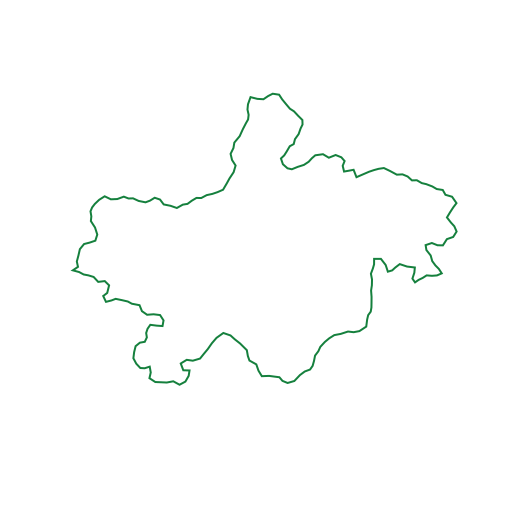 Porto Firme, Minas Gerais, Brazil, rotated 125°
{"feature_id": "56859067B44651829175554", "entity_name": "Porto Firme", "entity_type": "district", "adm_level": 2, "iso_a3": "BRA", "parent_name": "Brazil", "parent_adm1": "Minas Gerais", "projection": "orthographic", "projection_center": [-43.082, -20.666], "detail": "fine", "context": "isolated", "style": "outline", "palette": "green", "viewbox_px": 512, "rotation_deg": 125, "n_neighbors": 0, "source": "geoboundaries", "source_scale": "gbopen_adm2", "svg_char_len": 3119}
<svg xmlns="http://www.w3.org/2000/svg" viewBox="0 0 512 512"><g transform="rotate(125 256 256)"><path d="M163.7,93.9L161.7,98.8L160.8,103.7L159.1,108.7L155.4,113.2L153.4,119.8L149.8,123.3L144.5,119.4L143.1,113.5L140.1,109.0L132.7,109.3L127.3,105.4L120.9,105.7L117.9,110.6L116.8,115.5L114.9,121.7L108.9,122.1L103.0,122.3L97.7,122.1L95.0,129.4L97.2,135.9L94.8,140.9L97.5,146.4L97.9,151.5L99.5,157.8L101.2,162.0L101.7,167.7L104.6,171.6L103.9,177.4L105.1,182.8L108.6,187.3L109.5,195.0L110.6,201.7L114.3,205.6L117.9,208.6L122.1,211.7L128.1,215.4L133.8,218.9L129.4,225.5L132.8,228.8L136.3,232.3L132.4,236.7L127.4,237.9L126.2,242.7L127.6,248.7L133.7,252.7L134.2,259.5L139.5,265.2L143.9,266.3L148.6,266.9L153.9,269.0L159.0,272.9L164.4,276.4L166.1,280.5L165.4,286.6L161.8,291.5L157.4,290.6L152.8,290.8L146.7,291.3L142.7,289.3L137.9,291.1L131.7,291.0L126.0,292.6L121.6,293.3L118.0,296.0L117.0,301.8L115.7,307.9L115.9,312.7L114.3,318.7L112.7,324.4L110.6,329.6L113.5,335.4L118.0,337.8L123.3,339.8L126.5,345.0L129.0,351.6L136.3,349.6L140.9,347.0L144.6,343.0L148.7,340.8L153.0,340.4L159.7,339.5L167.2,338.1L175.5,338.8L180.5,336.4L186.9,335.4L191.1,330.7L193.6,324.6L200.2,322.4L207.7,322.2L213.1,321.6L220.6,321.0L225.7,324.1L230.2,327.4L234.4,331.3L239.9,334.1L242.6,338.1L247.5,340.3L252.6,342.0L255.9,345.4L262.1,348.4L263.9,354.8L266.7,361.2L264.8,367.0L266.4,372.4L271.5,374.6L275.4,377.3L278.2,383.7L279.3,389.8L282.0,393.4L283.2,398.3L288.9,402.3L292.8,407.4L293.9,414.2L299.9,416.7L305.8,417.9L310.2,418.1L314.3,417.2L318.0,413.6L322.1,411.3L325.0,404.2L329.5,398.3L335.6,396.4L340.5,400.0L344.8,403.7L351.4,404.2L357.3,401.8L363.3,399.6L367.0,395.6L372.8,397.8L370.6,391.7L370.0,386.6L368.0,382.2L366.3,377.0L367.7,370.4L363.3,365.5L364.3,359.5L371.6,356.7L376.4,358.2L379.6,352.6L375.3,348.9L371.6,346.4L369.1,340.6L366.8,334.9L366.3,330.3L363.1,323.2L366.6,317.8L366.6,311.5L362.5,306.5L359.4,300.7L361.8,294.8L367.0,292.4L370.0,297.4L373.0,303.1L377.8,303.1L382.1,301.8L385.3,298.7L390.1,297.9L393.6,301.4L398.9,302.9L404.6,300.7L410.1,297.8L412.9,292.3L414.1,286.5L411.8,282.8L407.6,279.6L411.8,275.4L417.2,273.2L417.0,266.2L414.3,262.0L410.8,256.5L406.1,251.9L405.3,244.8L399.4,241.8L392.8,242.4L387.9,244.8L391.3,250.0L387.2,256.0L380.8,253.2L378.0,247.7L372.1,243.0L366.0,242.6L360.0,242.1L352.8,242.1L345.7,241.4L337.8,238.6L335.7,231.3L336.4,225.7L336.8,218.8L338.4,209.5L342.6,205.3L345.4,201.4L344.6,193.6L348.5,188.2L351.1,182.3L346.7,176.5L344.1,171.5L341.9,167.3L343.1,162.7L341.9,157.3L336.4,152.9L328.3,151.7L322.6,149.8L318.0,146.6L313.5,146.6L308.7,148.3L303.7,150.5L298.3,150.3L293.5,151.2L286.9,150.3L281.4,148.8L275.9,146.5L271.2,141.9L265.1,137.3L262.4,132.3L258.2,128.2L250.6,125.2L244.3,128.5L240.1,130.2L235.8,130.1L232.0,131.9L227.7,134.8L223.2,137.9L218.3,141.9L213.5,144.3L208.7,147.5L204.6,151.7L199.2,153.1L195.1,154.5L190.6,157.6L186.7,152.0L189.0,144.6L193.2,139.0L189.7,136.2L185.6,135.3L180.2,133.6L178.0,126.2L174.3,119.3L178.9,116.7L184.8,114.9L186.4,110.6L182.3,109.1L178.4,106.9L174.0,105.1L171.3,100.5L168.1,96.6L163.7,93.9Z" fill="none" stroke="#15803d" stroke-width="2"/></g></svg>